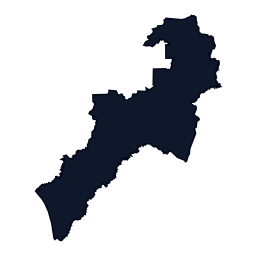 Rangitikei District, Manawatu-Wanganui, New Zealand (Albers equal-area conic projection)
{"feature_id": "76426892B73880124121288", "entity_name": "Rangitikei District", "entity_type": "district", "adm_level": 2, "iso_a3": "NZL", "parent_name": "New Zealand", "parent_adm1": "Manawatu-Wanganui", "projection": "albers", "projection_center": [175.797, -39.716], "detail": "fine", "context": "isolated", "style": "filled", "palette": "ink", "viewbox_px": 256, "rotation_deg": 0, "n_neighbors": 0, "source": "geoboundaries", "source_scale": "gbopen_adm2", "svg_char_len": 5732}
<svg xmlns="http://www.w3.org/2000/svg" viewBox="0 0 256 256"><path d="M143.8,45.2L146.4,45.8L149.8,45.5L152.4,46.5L154.5,44.9L155.9,42.8L158.3,42.9L160.1,39.3L161.7,40.1L162.5,39.3L163.6,39.3L165.1,42.1L166.8,41.5L168.8,43.8L170.1,43.8L170.1,44.8L165.8,44.8L165.9,58.2L173.8,58.1L173.6,59.0L172.5,59.0L172.5,60.2L173.0,60.5L172.3,60.9L172.7,62.2L171.5,62.7L171.4,63.5L172.1,64.2L171.6,64.4L171.6,65.4L172.4,65.7L172.1,66.7L171.4,66.6L170.6,69.6L165.9,69.6L165.9,68.8L153.5,69.1L153.2,84.9L154.7,85.1L154.6,86.3L149.3,90.0L146.2,88.0L146.7,90.7L144.6,91.5L137.9,91.1L137.9,92.5L137.0,93.8L135.2,94.5L134.4,94.0L132.8,94.3L132.2,97.0L131.3,98.2L128.9,98.9L127.9,100.0L126.1,100.2L124.5,99.2L124.4,97.1L122.5,95.8L122.2,94.5L121.6,94.9L121.3,94.2L118.2,95.5L116.1,91.0L109.0,90.4L109.2,92.1L108.1,94.0L108.4,94.4L92.9,94.8L93.0,101.4L93.8,102.3L95.1,101.7L95.6,101.8L94.5,103.8L94.7,105.4L93.6,107.3L93.8,108.2L91.0,111.5L90.2,111.5L90.2,112.4L89.6,112.3L89.1,113.6L94.1,116.5L93.9,117.2L92.8,117.2L92.9,118.5L93.4,119.3L96.4,119.3L96.3,120.2L97.0,121.2L95.8,122.5L96.3,124.3L95.0,126.4L94.5,129.6L91.9,132.3L92.2,133.8L91.9,135.8L92.7,136.2L91.2,138.4L88.9,140.1L89.2,141.0L87.5,145.1L87.9,148.5L85.9,147.7L85.6,149.5L82.7,149.5L82.1,150.7L78.0,150.4L76.4,151.9L76.4,153.9L75.8,154.8L72.9,155.9L73.1,157.2L72.4,158.5L69.2,158.4L66.4,155.2L63.7,155.9L64.5,156.9L64.1,157.8L61.3,159.4L63.0,159.8L63.2,159.1L64.5,159.8L63.3,160.2L64.5,162.7L62.9,163.6L62.9,164.6L62.1,165.5L64.2,168.3L62.0,167.1L62.0,168.0L61.4,168.1L62.0,169.3L60.6,169.8L61.8,171.0L63.2,170.7L62.4,171.1L61.9,173.0L60.8,173.1L61.3,174.6L60.2,174.4L61.2,175.6L59.6,177.0L60.6,177.1L60.2,178.1L58.6,177.3L57.4,177.7L57.3,176.6L55.8,176.6L55.6,178.8L54.4,179.2L54.4,180.3L53.4,180.7L53.8,181.7L52.3,181.4L52.0,182.6L49.6,183.2L48.8,182.7L48.2,184.0L46.9,183.7L46.3,184.5L45.3,184.1L44.8,185.3L44.5,184.3L43.0,185.3L42.3,184.4L39.0,187.5L39.1,190.3L38.1,190.3L38.2,189.0L37.5,188.6L35.6,191.2L42.3,199.2L45.1,203.9L48.5,211.6L51.7,223.0L54.1,238.5L55.0,239.5L57.2,237.5L59.4,240.0L61.5,240.6L62.8,239.3L62.6,238.5L63.8,238.0L63.6,237.2L64.5,237.6L66.0,235.8L67.0,235.8L66.7,234.6L67.8,233.8L67.7,232.8L68.7,232.5L68.3,231.5L70.0,229.1L69.8,228.0L70.6,226.6L70.3,225.4L71.4,225.2L70.5,223.6L71.8,223.1L72.8,221.0L75.0,219.4L77.8,219.7L80.2,219.1L81.2,216.9L83.0,216.1L83.5,214.1L85.3,214.5L85.1,213.4L86.0,211.8L85.2,210.2L86.3,209.4L85.5,207.8L87.3,206.6L87.8,205.5L86.5,204.2L86.0,202.8L86.6,201.0L88.1,200.3L88.0,198.4L90.9,198.9L91.0,198.0L92.1,197.6L92.2,196.2L93.2,196.8L94.6,194.4L93.5,192.4L95.7,191.1L95.4,189.5L96.3,189.4L96.1,188.7L97.7,188.5L98.6,187.2L100.8,187.5L101.2,185.4L101.8,184.3L102.7,184.2L102.7,183.4L103.8,183.9L105.9,186.7L106.7,186.5L107.1,185.6L106.7,183.0L108.0,183.4L109.6,182.7L109.5,180.9L112.1,179.9L112.8,178.7L114.0,178.6L114.7,177.7L114.4,176.4L113.7,176.1L114.7,175.5L115.4,176.3L115.2,174.8L114.3,174.1L115.5,173.9L115.1,172.9L116.8,171.7L115.4,170.2L115.6,169.7L116.3,170.2L117.1,169.7L115.9,169.1L116.8,168.0L116.5,166.7L118.3,165.6L119.1,163.0L119.8,164.4L120.8,164.2L120.7,162.3L121.5,160.9L121.2,159.2L122.4,159.2L123.0,158.5L123.1,159.5L123.9,158.5L124.9,159.6L125.3,158.5L127.3,159.8L127.7,159.3L126.9,157.7L128.3,158.2L129.6,157.3L128.8,156.5L129.6,155.2L131.3,155.8L130.7,155.0L130.9,153.7L133.4,153.1L134.2,151.9L134.9,152.7L135.8,151.8L136.6,152.7L138.5,151.4L138.7,150.7L137.0,149.3L137.6,148.3L137.6,146.5L138.7,147.3L139.3,145.8L140.6,146.4L140.5,145.1L141.1,144.7L142.3,145.0L143.1,146.1L145.1,143.8L145.6,144.7L146.3,143.7L149.9,143.9L154.0,146.9L156.4,146.3L157.2,147.7L157.7,146.8L158.3,147.5L158.7,147.1L158.7,149.3L162.4,150.0L162.2,151.2L163.7,151.5L163.8,152.3L163.3,152.8L163.9,153.4L165.8,153.1L167.0,153.8L167.1,153.1L168.3,152.7L168.3,151.5L169.2,150.4L169.7,151.3L171.7,151.7L177.2,157.1L184.5,160.2L185.5,161.7L186.6,161.0L188.0,156.1L189.3,154.0L189.7,148.8L195.6,133.4L194.4,128.3L196.2,127.0L196.7,121.7L199.2,119.6L198.5,117.8L193.9,114.9L196.3,108.8L196.0,106.5L195.2,105.9L193.4,106.0L192.8,104.9L192.1,105.1L190.6,102.5L194.7,101.9L196.5,100.0L197.6,97.7L199.1,97.2L199.2,95.1L200.7,92.7L204.0,92.4L204.9,91.0L206.6,90.3L207.7,88.5L209.4,89.0L209.9,87.5L211.1,87.6L211.1,86.7L212.0,87.3L212.9,86.4L214.2,87.7L214.1,87.0L214.6,86.5L216.3,86.7L216.1,87.7L216.9,87.8L217.7,87.4L217.8,86.5L219.1,87.1L220.4,86.7L219.8,86.5L220.1,85.6L219.0,85.9L219.7,84.0L218.0,83.9L218.0,85.0L216.6,85.7L217.1,83.9L216.3,82.8L217.4,82.2L215.5,80.6L216.0,80.2L215.3,79.1L216.2,78.3L215.8,77.5L216.4,77.2L215.8,75.6L214.8,74.9L215.5,74.8L214.6,74.1L215.6,72.9L215.2,72.3L216.8,70.7L215.8,70.2L216.6,69.3L217.7,69.6L217.3,69.1L217.8,68.5L217.2,68.2L218.2,68.0L217.7,67.3L218.6,65.6L217.5,65.7L217.3,64.8L219.0,64.5L219.1,62.8L218.4,62.7L219.1,62.0L218.6,60.8L215.9,61.1L216.0,60.4L215.1,60.2L215.3,59.4L214.7,58.5L213.4,58.7L213.0,59.7L211.4,58.8L210.7,59.6L210.7,58.8L209.9,58.8L210.1,57.7L209.2,57.1L209.9,56.4L209.3,56.1L208.9,54.7L210.3,54.8L210.0,54.2L210.8,53.3L210.2,53.1L211.0,52.7L211.0,51.2L211.6,51.1L211.6,49.3L214.2,48.5L215.2,45.9L215.0,44.7L214.3,44.6L214.3,42.9L213.4,43.1L213.7,41.1L213.4,39.5L212.6,39.6L213.2,38.9L212.5,38.1L213.3,38.0L212.9,37.1L210.9,35.9L208.0,36.8L207.7,35.2L207.2,35.6L206.8,34.8L204.1,34.3L202.9,35.0L202.4,34.1L201.2,34.3L200.2,33.1L199.5,33.1L198.4,30.3L198.9,29.7L198.7,27.4L196.5,25.2L196.8,23.0L196.2,22.2L196.6,22.1L195.9,19.0L196.1,17.3L193.9,15.7L192.7,16.1L191.5,15.4L189.7,17.0L187.0,17.8L186.3,18.7L181.7,19.7L165.9,18.3L165.2,19.8L164.1,20.1L164.6,22.3L163.4,24.9L162.0,25.6L157.7,26.0L157.4,27.7L152.4,29.1L153.4,30.6L153.4,32.5L150.4,35.5L147.7,36.5L148.0,38.0L149.8,39.4L149.7,40.1L145.9,41.6L143.8,45.2Z" fill="#0f172a" stroke="#020617" stroke-width="1.5"/></svg>